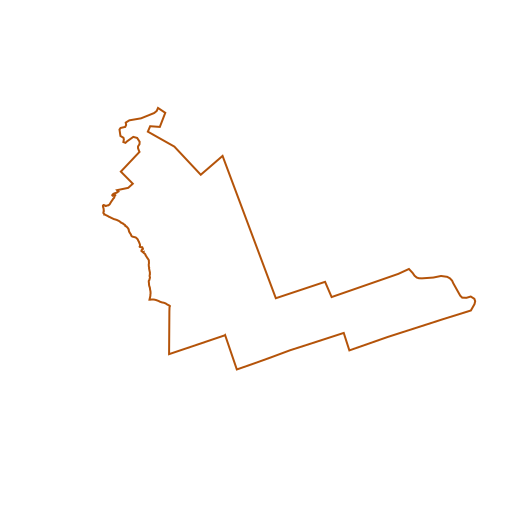 Viisoara, Teleorman, Romania (Mercator projection), rotated 47°
{"feature_id": "2599482B74354015678393", "entity_name": "Viisoara", "entity_type": "district", "adm_level": 2, "iso_a3": "ROU", "parent_name": "Romania", "parent_adm1": "Teleorman", "projection": "mercator", "projection_center": [25.189, 43.787], "detail": "fine", "context": "isolated", "style": "outline", "palette": "amber", "viewbox_px": 512, "rotation_deg": 47, "n_neighbors": 0, "source": "geoboundaries", "source_scale": "gbopen_adm2", "svg_char_len": 5430}
<svg xmlns="http://www.w3.org/2000/svg" viewBox="0 0 512 512"><g transform="rotate(47 256 256)"><path d="M442.4,136.0L440.2,129.0L438.5,126.5L436.2,125.5L432.1,126.6L430.1,130.6L427.1,133.6L424.3,133.7L410.4,130.3L407.8,129.4L404.6,129.4L401.6,130.4L396.8,134.3L392.7,141.0L385.5,149.9L383.4,152.0L381.5,153.1L378.6,153.5L375.2,153.0L369.8,153.0L366.1,164.2L337.6,228.7L322.0,223.1L300.4,270.3L160.0,212.2L158.9,241.0L120.3,241.1L91.3,250.3L88.9,244.9L96.0,238.3L89.4,224.7L80.9,226.7L82.2,229.7L82.0,232.9L76.9,246.2L70.4,256.1L69.6,260.3L71.6,261.6L72.4,263.6L70.0,267.7L70.4,269.6L75.8,273.3L79.1,272.3L80.6,273.1L82.2,275.3L84.2,274.3L84.2,272.1L85.2,264.5L88.6,262.4L93.1,263.2L94.8,265.0L95.4,267.5L96.6,268.7L99.4,269.9L100.4,270.2L102.1,297.3L119.1,296.8L119.0,303.0L113.1,312.7L115.0,312.7L114.9,313.1L114.8,313.7L114.8,313.8L114.6,314.1L114.7,314.5L114.7,314.8L114.5,315.1L114.2,315.7L113.9,316.2L113.8,316.5L113.7,316.8L113.5,317.3L113.4,317.5L113.3,317.9L113.3,318.4L113.3,318.9L113.4,319.5L113.5,319.7L113.8,319.7L114.1,319.7L114.2,319.0L114.2,318.6L114.4,318.1L114.7,317.8L114.9,317.6L115.2,317.4L115.4,317.4L115.6,317.4L115.7,317.6L115.7,317.9L115.7,318.4L115.8,318.7L115.9,318.9L116.1,319.2L116.3,319.5L116.5,319.7L116.6,319.9L116.6,320.1L116.7,320.4L116.7,320.7L116.7,321.2L116.8,321.7L116.9,322.1L117.0,322.3L117.1,322.9L117.2,323.3L117.3,323.7L117.4,324.3L117.6,325.1L117.8,325.8L118.0,326.5L118.2,327.0L118.3,327.5L118.4,328.0L118.4,328.5L118.3,328.8L118.2,329.4L118.2,329.6L118.0,329.8L117.8,330.0L117.7,330.2L117.6,330.3L117.5,330.6L117.4,330.9L117.3,331.2L117.2,331.4L116.9,331.6L116.9,331.8L116.7,332.1L116.4,332.1L116.2,332.0L115.8,332.3L115.4,332.4L115.1,332.5L114.9,332.5L114.7,332.8L114.7,333.0L114.8,333.4L114.8,333.6L115.0,333.8L115.4,334.1L115.8,334.4L116.0,334.5L116.5,334.7L117.1,335.0L117.5,335.3L117.8,335.4L117.9,335.5L118.2,335.8L118.4,336.0L118.6,336.2L118.7,336.3L119.1,336.4L119.4,336.6L119.5,336.8L119.6,337.3L119.8,337.5L120.0,337.7L120.1,337.9L120.2,338.1L120.4,338.3L120.6,338.3L120.8,338.3L121.0,338.3L121.3,338.4L121.5,338.4L121.8,338.3L122.0,338.4L122.1,338.5L122.2,338.3L122.5,338.3L122.8,338.3L123.7,337.9L124.3,337.7L124.7,337.5L125.3,337.3L125.6,337.2L126.1,337.0L126.6,336.9L127.1,336.8L127.5,336.5L127.8,336.4L128.4,336.2L128.8,336.0L129.3,335.9L130.0,335.6L130.4,335.4L131.0,335.2L131.5,335.0L132.0,334.8L132.4,334.6L132.8,334.3L133.3,334.0L134.2,333.5L134.9,333.1L135.4,333.0L135.8,332.8L136.2,332.6L136.7,332.4L137.2,332.3L137.5,332.2L137.9,332.1L138.2,332.1L138.4,332.1L138.8,331.9L139.2,332.0L139.5,332.0L139.9,331.8L140.4,331.6L141.0,331.3L141.2,331.2L141.6,331.1L141.8,331.1L142.1,331.2L142.3,331.2L142.6,331.1L142.9,330.9L143.2,330.9L143.5,330.8L143.7,330.7L144.1,330.7L144.4,330.8L144.7,331.0L144.8,331.1L145.1,331.1L145.5,330.8L145.7,330.7L145.8,330.7L146.0,330.6L146.3,330.7L146.6,330.6L147.1,330.7L147.5,330.6L148.0,330.6L148.3,330.7L148.7,330.8L149.2,330.8L149.5,330.9L149.9,331.3L150.1,331.3L150.3,331.3L150.5,331.5L151.0,331.8L151.3,332.0L151.7,332.2L152.0,332.3L152.3,332.3L152.6,332.3L152.9,332.5L153.7,332.6L154.3,332.7L154.9,332.8L155.2,332.9L155.5,333.1L156.1,333.3L156.7,333.4L157.1,333.3L157.5,333.2L158.4,332.6L159.8,331.7L160.1,331.5L160.5,331.3L161.2,331.2L161.5,331.2L161.9,331.2L162.5,331.1L162.9,331.2L163.3,331.2L163.6,331.3L164.0,331.5L164.3,331.6L164.5,331.7L165.1,331.8L165.5,331.8L165.8,332.0L166.3,332.2L166.9,332.4L167.5,332.7L167.9,332.8L168.4,333.0L169.0,333.5L169.4,333.8L169.7,334.3L169.8,334.7L170.0,334.8L170.2,334.7L170.3,334.4L170.7,334.3L171.1,334.1L171.4,333.8L171.6,333.6L171.8,333.3L172.0,333.2L173.7,333.8L173.8,334.2L173.8,334.3L173.6,334.7L173.5,334.8L173.5,335.1L173.6,335.4L173.9,335.9L174.1,336.3L174.3,336.3L174.5,336.4L174.9,336.3L175.0,336.2L175.4,336.1L175.8,336.1L176.1,336.1L176.2,335.8L176.3,335.6L176.4,335.8L176.5,335.9L176.9,335.9L177.4,336.0L177.8,335.9L178.4,335.8L179.2,335.8L179.6,335.9L179.9,336.1L180.3,336.3L180.6,336.4L181.2,336.4L181.8,336.5L182.5,336.7L183.0,336.8L183.4,336.8L184.1,336.9L184.7,337.0L185.4,337.1L186.2,337.4L186.5,337.7L187.1,338.2L187.7,338.7L188.2,339.1L188.8,339.9L189.2,340.4L190.1,341.1L190.7,341.6L191.0,341.8L191.6,342.0L192.1,342.6L192.4,342.9L193.2,343.3L193.6,343.6L195.3,344.6L195.9,345.0L196.3,345.5L196.8,345.8L197.0,346.0L197.3,346.6L198.0,347.4L198.4,347.7L198.7,347.8L199.2,348.1L199.5,348.3L199.7,348.6L200.0,349.1L200.2,349.5L200.4,349.8L200.6,350.0L200.8,350.3L201.0,351.1L201.1,351.4L201.3,351.6L201.7,352.0L202.4,352.5L202.9,352.8L203.2,353.1L203.5,353.4L204.2,353.9L204.9,354.4L205.3,354.6L205.7,354.7L206.2,355.0L206.9,355.3L207.7,355.9L208.4,356.4L208.7,356.6L209.1,356.8L209.7,357.2L210.3,357.6L210.8,358.1L211.0,358.2L211.3,358.5L211.5,358.7L211.8,359.0L212.0,359.3L212.2,359.6L212.6,360.0L213.1,360.4L213.4,360.9L214.1,361.9L215.3,363.7L215.8,363.2L216.1,362.6L216.9,361.8L217.2,361.4L217.5,361.0L218.0,360.6L218.7,360.0L219.5,359.5L219.9,359.2L220.7,358.8L222.1,358.1L222.7,357.8L223.1,357.7L224.0,357.4L224.9,356.9L225.3,356.7L226.0,356.3L226.9,355.6L227.5,355.2L228.5,354.7L229.0,354.5L229.5,354.3L230.1,354.2L230.9,354.0L232.0,353.6L233.0,353.2L233.5,353.1L233.9,353.1L234.0,353.3L234.2,353.8L234.4,354.0L234.6,354.3L235.0,354.7L237.3,357.0L268.5,386.5L292.7,333.0L292.7,332.5L325.9,347.4L333.4,330.4L340.8,313.1L348.2,295.3L363.0,263.8L372.1,244.3L388.7,252.1L405.0,215.0L429.8,162.2L442.4,136.0Z" fill="none" stroke="#b45309" stroke-width="2"/></g></svg>